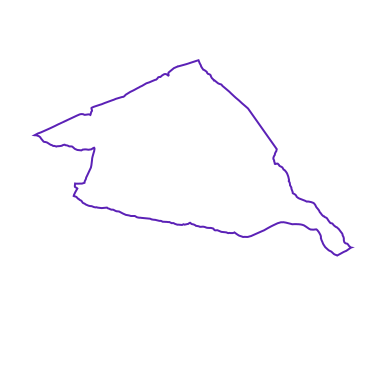 Tisaleo, Tungurahua, Ecuador, rotated 235°
{"feature_id": "8360857B823186733653", "entity_name": "Tisaleo", "entity_type": "district", "adm_level": 2, "iso_a3": "ECU", "parent_name": "Ecuador", "parent_adm1": "Tungurahua", "projection": "mercator", "projection_center": [-78.685, -1.36], "detail": "fine", "context": "isolated", "style": "outline", "palette": "violet", "viewbox_px": 384, "rotation_deg": 235, "n_neighbors": 0, "source": "geoboundaries", "source_scale": "gbopen_adm2", "svg_char_len": 5971}
<svg xmlns="http://www.w3.org/2000/svg" viewBox="0 0 384 384"><g transform="rotate(235 192 192)"><path d="M73.7,291.1L76.2,291.0L77.3,291.0L79.0,290.6L80.0,290.4L81.1,289.7L82.6,289.3L83.1,289.1L85.6,288.9L86.2,288.5L86.6,288.1L87.1,287.6L89.1,287.4L91.3,287.4L92.7,287.5L93.5,287.4L94.3,287.0L95.0,286.6L95.5,286.3L96.4,286.2L96.5,286.0L97.0,285.7L98.4,285.4L99.2,285.3L100.9,285.3L101.4,285.2L102.0,285.1L103.8,285.4L104.2,285.5L104.8,285.4L105.8,285.4L106.8,285.3L107.9,285.2L108.8,285.2L110.3,285.5L111.1,285.5L111.9,285.5L113.2,285.3L113.7,285.0L114.1,284.7L114.7,284.3L115.1,284.0L115.4,283.8L117.4,281.9L117.9,281.3L118.0,280.9L118.3,280.5L120.3,279.4L121.3,278.7L123.1,277.5L124.0,276.9L124.9,276.3L125.9,275.7L127.7,275.1L128.1,275.0L129.0,275.2L130.1,275.2L131.4,274.8L133.1,273.9L133.4,273.9L134.1,274.4L137.6,275.3L138.8,276.0L139.2,276.0L141.4,276.2L141.9,276.6L143.9,277.5L145.2,277.4L145.7,277.8L145.7,278.0L146.0,278.3L148.4,279.3L149.4,279.7L151.7,280.3L152.1,280.4L153.4,280.6L154.7,280.6L156.0,280.5L156.8,280.4L157.4,280.1L157.8,279.9L160.3,280.1L161.3,279.7L162.9,278.8L163.3,278.7L163.7,278.6L164.0,278.7L164.6,278.8L165.1,278.6L166.0,278.5L166.3,278.2L166.7,277.5L167.1,276.3L167.3,276.1L167.6,276.0L167.9,276.1L168.4,276.5L168.8,276.6L169.8,276.8L170.8,277.4L171.4,277.5L172.0,277.5L172.3,277.7L172.7,277.8L173.5,278.5L174.2,279.5L174.6,280.3L174.8,280.9L175.1,281.3L175.7,281.8L176.1,282.4L176.5,283.0L176.7,283.4L177.0,284.3L177.6,285.0L178.3,285.7L178.5,286.0L228.3,285.8L229.5,285.5L232.3,284.8L235.8,283.9L240.0,283.0L244.1,281.9L246.3,281.4L250.1,280.6L252.8,280.1L260.0,278.2L261.4,277.8L262.1,277.8L263.2,277.7L264.5,276.7L265.2,276.2L266.1,275.7L270.7,274.4L270.7,274.0L272.5,273.9L272.9,273.8L273.9,273.6L275.8,273.8L276.8,274.2L277.6,274.1L278.0,274.0L279.1,273.3L279.3,273.0L279.7,272.9L280.7,272.7L281.2,272.8L282.0,273.0L282.6,272.8L283.2,272.6L283.9,272.4L285.4,271.7L285.7,271.4L288.8,271.4L289.0,271.5L290.1,271.6L290.6,271.9L292.8,272.1L296.2,272.9L296.9,270.8L300.0,260.6L302.6,253.3L302.8,253.0L302.9,252.8L303.0,252.7L302.9,252.4L303.2,251.5L303.4,250.5L303.6,249.3L303.8,248.6L303.8,247.7L303.3,241.3L302.2,240.2L301.6,240.1L301.0,239.8L300.9,239.4L301.0,239.3L302.9,238.7L303.6,238.2L304.2,237.4L304.5,236.4L304.6,234.1L304.4,232.7L304.4,232.0L305.0,231.2L305.3,230.2L305.2,229.7L304.8,228.7L304.6,227.1L305.0,226.1L305.7,223.0L306.3,220.0L307.2,217.0L307.6,211.9L308.0,209.8L308.1,208.3L308.3,207.1L308.8,202.5L309.3,199.5L309.4,198.8L309.7,193.5L309.3,191.6L309.3,190.5L310.0,189.0L312.0,183.0L312.4,181.0L313.0,178.9L315.0,171.4L315.7,168.3L316.2,166.8L318.1,160.5L318.5,158.5L318.5,157.9L318.0,157.5L316.2,156.9L315.7,156.4L315.5,155.6L314.4,154.2L313.5,153.2L313.4,152.9L314.0,152.6L314.5,152.3L315.2,151.3L315.8,150.1L316.7,148.4L317.2,148.0L317.7,147.7L318.1,147.5L319.0,146.5L319.8,145.1L320.1,144.0L320.6,141.5L321.9,134.0L322.4,131.2L324.2,120.9L324.7,117.5L325.5,112.8L326.1,109.6L327.5,102.4L328.3,99.5L328.8,95.6L328.6,95.8L327.8,97.0L325.5,98.6L323.9,99.1L322.5,99.0L318.6,99.3L317.9,99.6L316.8,100.8L315.6,101.7L311.7,103.3L311.1,103.9L309.4,104.7L309.1,105.0L308.7,105.7L307.0,107.0L306.9,107.6L305.4,110.1L304.5,112.0L304.6,112.6L304.0,114.5L303.7,114.9L303.0,115.1L301.9,116.3L301.1,116.9L299.8,117.6L298.3,119.6L297.7,120.0L294.8,120.7L294.3,120.9L292.2,122.2L289.5,125.3L289.4,126.8L288.5,128.4L287.8,129.5L286.0,131.4L284.7,134.0L284.6,136.6L284.4,137.2L283.8,137.2L283.3,136.9L281.6,135.3L280.6,134.0L278.4,131.3L277.8,130.6L276.9,129.6L275.7,128.6L271.7,125.0L270.0,123.2L265.1,114.7L264.6,113.7L263.5,112.5L262.3,110.3L261.2,109.2L262.0,106.7L265.1,102.1L266.0,101.1L264.3,99.6L263.5,99.1L263.1,99.1L261.1,100.0L260.6,100.1L258.9,96.5L257.4,93.8L256.6,92.8L255.9,93.2L255.4,93.8L254.1,94.5L251.9,94.8L251.3,95.2L250.1,95.4L248.6,96.2L247.7,96.4L246.0,96.3L245.0,96.7L244.2,97.3L242.7,97.8L240.1,99.4L238.9,100.5L237.9,101.7L235.8,103.1L234.6,104.3L234.3,105.0L233.2,105.9L230.6,108.8L228.0,113.4L227.1,113.6L225.6,114.7L224.8,115.1L223.7,115.9L222.7,117.3L221.4,118.0L220.6,118.4L219.5,119.1L218.9,119.9L217.8,121.1L214.1,123.0L211.2,124.7L209.0,126.9L207.4,128.2L205.1,131.4L202.8,132.5L201.2,134.0L200.8,134.7L200.2,135.3L197.7,138.2L194.8,141.6L194.2,142.3L193.5,142.8L192.8,143.1L192.3,143.7L191.8,144.1L190.0,146.2L189.7,146.4L187.1,148.7L186.2,149.9L185.7,150.3L184.5,150.9L181.8,154.4L181.2,155.0L180.4,156.2L178.1,157.5L177.4,158.7L177.0,159.1L175.9,159.6L174.5,160.6L173.5,161.4L173.0,162.2L171.0,164.6L170.7,165.0L170.5,166.2L170.4,166.6L169.5,167.2L168.0,170.8L168.1,171.4L168.0,172.6L167.8,172.9L166.3,173.2L165.9,173.4L164.4,174.8L162.7,175.7L162.1,175.8L160.1,177.8L159.0,178.5L158.5,179.1L157.5,180.8L156.8,181.7L155.2,183.0L154.7,183.2L153.8,184.1L152.6,185.6L152.1,186.4L151.0,187.6L150.5,187.8L149.8,188.5L148.4,188.5L147.7,188.7L147.3,189.0L146.1,190.9L142.5,193.2L139.3,196.9L137.6,198.0L136.8,199.5L136.3,199.9L135.0,201.8L134.5,203.2L134.5,203.6L132.7,204.2L130.8,204.9L129.2,205.6L127.6,206.8L126.1,207.9L125.9,208.0L125.1,209.3L123.2,211.9L122.5,213.9L122.0,215.2L121.8,216.4L119.7,227.2L119.3,228.9L118.9,233.4L118.5,236.9L118.1,239.6L117.3,244.2L116.2,247.5L114.7,249.7L113.0,251.4L109.2,254.7L108.1,255.6L106.6,258.0L104.4,260.9L103.1,262.4L101.8,263.6L100.4,264.6L98.2,265.5L94.7,266.8L93.3,267.6L91.6,269.7L90.4,271.9L90.0,272.5L88.6,272.8L86.2,272.9L84.5,272.7L83.4,272.6L81.9,272.2L80.6,271.4L80.3,271.1L79.4,270.9L78.7,270.6L76.1,270.1L75.4,269.9L73.8,269.6L73.5,269.6L70.5,269.5L67.7,270.1L66.0,270.5L65.5,270.7L65.3,270.8L63.1,272.0L62.4,272.1L59.7,272.7L58.4,273.4L57.1,274.4L56.7,274.5L56.5,276.3L56.3,277.9L56.3,278.0L55.9,281.8L55.5,283.8L55.3,284.6L55.3,288.8L55.3,290.1L55.2,290.5L55.4,290.3L57.2,289.8L57.5,289.7L59.8,289.7L60.2,289.6L60.6,289.5L61.7,288.5L62.3,288.2L62.8,288.1L63.5,288.0L65.0,288.5L66.3,289.3L66.8,289.7L68.0,290.2L68.4,290.3L70.0,290.5L70.7,290.9L71.8,291.2L73.3,291.1L73.7,291.1Z" fill="none" stroke="#5b21b6" stroke-width="2"/></g></svg>